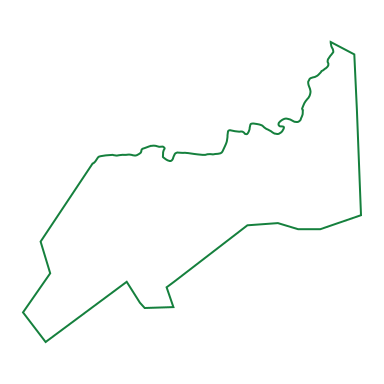 outline of Petoa, Santa Bárbara, Honduras
{"feature_id": "27666195B13660887224612", "entity_name": "Petoa", "entity_type": "district", "adm_level": 2, "iso_a3": "HND", "parent_name": "Honduras", "parent_adm1": "Santa Bárbara", "projection": "mercator", "projection_center": [-88.208, 15.281], "detail": "fine", "context": "isolated", "style": "outline", "palette": "green", "viewbox_px": 384, "rotation_deg": 0, "n_neighbors": 0, "source": "geoboundaries", "source_scale": "gbopen_adm2", "svg_char_len": 5910}
<svg xmlns="http://www.w3.org/2000/svg" viewBox="0 0 384 384"><path d="M330.7,42.0L330.7,42.8L330.8,43.3L331.1,44.9L331.3,46.0L331.4,46.4L332.0,47.7L332.6,48.7L332.9,49.4L333.0,49.8L333.2,50.8L333.3,51.7L333.3,51.9L333.3,52.0L333.2,52.2L333.0,52.6L332.8,52.8L332.4,53.2L332.3,53.4L331.5,54.5L330.6,55.5L330.2,56.0L329.0,57.8L328.5,58.6L328.1,59.1L327.9,59.5L327.8,60.0L327.7,60.7L327.6,61.3L327.7,61.9L327.7,62.2L327.8,62.4L327.9,62.6L328.1,62.9L328.2,63.2L328.4,63.7L328.4,64.0L328.3,64.8L328.3,65.3L328.1,65.7L327.9,66.1L327.6,66.5L327.4,66.8L326.6,67.6L325.9,68.2L325.7,68.4L325.2,68.6L324.9,68.8L323.6,69.9L322.9,70.4L322.4,70.7L322.1,70.8L321.9,70.9L321.5,71.1L321.4,71.3L321.0,72.0L320.7,72.4L318.4,74.8L317.7,75.4L317.3,75.7L316.8,76.0L316.2,76.3L315.2,76.8L314.8,77.0L312.9,77.4L311.4,77.9L311.0,78.0L310.6,78.2L310.3,78.4L310.0,78.6L309.7,78.8L309.6,79.0L308.9,80.4L308.3,81.5L308.2,81.8L308.2,82.0L308.2,82.9L308.4,84.3L308.5,84.8L308.6,85.1L308.8,85.7L309.4,87.3L309.9,88.6L310.2,89.7L310.4,90.8L310.5,91.4L310.5,92.0L310.4,92.6L310.3,93.4L310.0,94.5L309.8,95.2L309.5,96.0L309.0,96.8L308.7,97.5L308.3,98.0L308.0,98.3L307.2,99.2L306.4,100.2L305.6,101.2L305.2,101.8L304.9,102.3L304.4,103.1L303.9,104.2L303.1,106.1L302.5,107.6L302.2,108.4L302.1,108.7L302.2,108.9L302.3,109.2L302.4,109.5L302.6,109.8L302.9,110.1L302.7,110.4L302.7,110.6L302.7,110.9L302.8,111.5L302.8,111.8L302.7,113.3L302.7,113.9L302.5,114.8L302.3,115.3L302.1,115.9L301.7,116.9L301.0,118.4L300.9,118.8L300.7,119.5L300.5,119.9L300.3,120.2L299.8,120.7L299.2,121.2L298.8,121.5L298.6,121.6L298.2,121.8L297.8,121.9L297.2,122.0L296.7,122.0L295.9,121.9L295.5,121.9L294.8,121.8L294.6,121.8L293.9,121.5L290.6,119.7L290.2,119.5L287.9,118.9L286.5,118.6L286.0,118.6L285.6,118.6L285.1,118.7L284.6,118.8L284.0,119.0L283.4,119.3L282.9,119.5L282.2,119.9L281.2,120.6L280.3,121.3L279.7,121.9L279.1,122.6L278.9,122.8L278.8,123.0L278.7,123.3L278.6,123.6L278.5,124.1L278.5,124.3L278.6,124.6L278.6,124.9L278.7,125.1L278.8,125.3L279.0,125.5L279.3,125.9L279.6,126.1L279.8,126.2L280.0,126.3L280.7,126.4L281.5,126.4L282.7,126.5L283.1,126.6L283.3,126.7L283.6,126.8L283.7,127.0L283.8,127.1L283.9,127.4L283.9,127.7L283.8,128.2L283.7,128.5L283.5,129.0L283.1,129.7L282.3,131.1L282.0,131.5L281.7,131.8L280.8,132.6L280.0,133.1L279.6,133.3L279.2,133.6L278.8,133.8L278.3,133.9L277.9,134.0L277.4,134.0L277.1,134.0L276.7,133.9L276.0,133.8L275.7,133.7L274.8,133.6L274.6,133.6L274.4,133.5L273.7,133.1L273.0,132.7L272.1,132.1L271.1,131.3L270.2,130.8L268.5,129.9L267.8,129.5L266.8,129.1L266.2,128.8L265.9,128.6L264.9,127.9L264.1,127.3L263.6,126.8L263.1,126.3L262.6,125.9L262.3,125.6L261.9,125.4L261.4,125.2L260.9,125.0L260.3,124.8L259.4,124.5L257.4,124.1L256.2,123.9L255.4,123.8L253.5,123.5L252.8,123.5L252.1,123.6L251.5,123.7L251.2,123.8L250.9,124.0L250.7,124.1L250.5,124.5L250.3,124.9L250.2,125.4L249.9,126.8L249.7,127.6L249.6,128.8L249.5,129.4L249.4,129.8L249.1,130.5L248.8,131.4L248.5,132.0L248.2,132.6L247.8,133.2L247.6,133.5L247.3,133.8L247.1,134.0L246.8,134.1L246.4,134.1L246.0,134.1L245.5,134.0L245.1,133.9L244.9,133.7L244.7,133.6L244.4,133.1L244.2,132.8L243.8,132.5L243.5,132.3L243.1,132.0L242.7,131.8L242.2,131.6L241.7,131.5L241.4,131.5L241.0,131.5L240.5,131.5L239.8,131.7L239.6,131.7L239.3,131.7L234.9,131.2L230.0,130.2L229.8,130.2L229.6,130.3L229.1,130.4L228.7,130.6L228.4,130.8L228.2,131.1L228.1,131.3L228.0,131.5L227.5,135.3L227.5,136.6L227.4,137.7L227.2,139.0L227.0,140.3L226.8,141.4L226.6,142.1L226.4,142.7L226.0,143.8L225.3,145.4L224.9,146.3L222.8,150.8L222.6,151.2L222.4,151.6L222.1,152.0L221.8,152.3L221.6,152.6L221.2,152.8L220.8,153.1L220.4,153.3L219.9,153.4L219.5,153.5L217.9,153.8L215.2,154.0L214.6,154.1L213.7,154.3L212.9,154.3L212.6,154.4L212.2,154.3L211.2,154.2L210.5,154.1L209.7,154.1L208.6,154.2L207.8,154.2L206.9,154.4L206.2,154.6L205.5,154.8L205.0,154.9L204.3,154.9L203.6,154.9L202.9,154.9L200.9,154.7L197.8,154.4L194.5,154.0L189.6,153.3L188.3,153.1L186.0,152.9L185.3,152.8L184.7,152.8L184.2,152.8L183.3,152.9L182.7,152.9L178.1,152.6L177.4,152.5L177.1,152.6L176.5,152.8L175.9,153.1L175.7,153.2L175.5,153.3L175.2,153.5L174.9,154.0L174.7,154.2L174.5,154.5L174.4,154.9L174.2,155.4L173.9,155.9L173.7,156.4L173.3,157.4L173.0,158.5L172.5,159.5L172.1,160.0L171.8,160.3L171.6,160.5L171.3,160.7L171.0,160.8L170.7,161.0L170.4,161.0L170.2,161.0L169.9,161.0L169.6,161.0L169.1,160.8L168.4,160.6L167.8,160.4L166.8,159.9L166.2,159.5L165.8,159.3L164.4,158.2L163.7,157.7L163.0,157.1L162.9,156.9L163.0,155.1L163.1,153.0L163.1,152.3L163.5,150.9L163.7,150.2L164.0,149.7L164.3,149.2L164.5,148.8L164.6,148.5L164.6,148.3L164.5,148.0L164.3,147.7L164.0,147.4L163.6,147.1L163.4,146.9L163.0,146.7L162.8,146.7L162.6,146.6L159.3,146.8L159.1,146.8L157.7,146.4L157.2,146.3L156.3,146.0L155.9,145.9L155.5,145.8L155.1,145.8L154.4,145.7L152.9,145.7L152.1,145.8L151.3,145.9L150.6,145.9L150.2,146.1L149.2,146.4L144.6,148.1L142.7,148.7L142.5,148.9L142.3,149.0L142.0,149.2L141.8,149.5L141.6,149.8L141.5,150.1L141.4,150.4L141.4,150.6L141.3,151.2L141.2,151.7L141.0,152.1L140.9,152.4L140.7,152.7L140.5,152.9L140.2,153.1L139.6,153.6L138.5,154.3L137.9,154.6L137.0,155.1L136.5,155.3L136.0,155.4L135.6,155.5L135.1,155.5L134.5,155.5L134.0,155.4L133.0,155.3L131.7,154.9L131.0,154.8L129.8,154.6L129.0,154.6L128.2,154.6L126.6,154.8L125.4,154.9L124.3,154.9L122.7,154.8L121.8,154.9L119.1,155.2L117.4,155.5L116.8,155.6L115.9,155.5L114.7,155.3L113.8,155.2L112.8,154.9L112.5,154.9L112.2,154.9L105.6,155.4L101.8,156.0L100.1,156.3L99.6,156.5L99.1,156.6L98.9,156.7L98.6,156.9L98.4,157.1L98.1,157.3L97.8,157.7L96.8,159.2L95.6,161.0L95.4,161.3L95.1,161.7L94.2,162.5L93.9,162.9L93.6,163.1L93.4,163.2L93.0,163.4L92.8,163.5L92.6,163.5L40.6,241.6L50.2,273.3L23.0,312.4L45.6,342.0L126.7,281.8L139.9,302.7L144.7,308.0L173.4,307.1L166.6,287.3L173.9,281.9L247.4,225.3L277.9,223.1L298.1,229.2L308.4,229.2L320.3,229.2L361.0,215.2L356.9,110.0L354.3,54.4L330.7,42.0Z" fill="none" stroke="#15803d" stroke-width="2"/></svg>